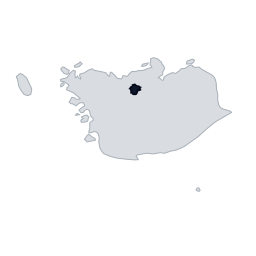 location of Nonsan-si, South Chungcheong, South Korea, rotated 83°
{"feature_id": "91817680B11377751855609", "entity_name": "Nonsan-si", "entity_type": "district", "adm_level": 2, "iso_a3": "KOR", "parent_name": "South Korea", "parent_adm1": "South Chungcheong", "projection": "equal_earth", "projection_center": [127.164, 36.193], "detail": "fine", "context": "in_parent", "style": "filled", "palette": "ink", "viewbox_px": 256, "rotation_deg": 83, "n_neighbors": 0, "source": "geoboundaries", "source_scale": "gbopen_adm2", "svg_char_len": 4027}
<svg xmlns="http://www.w3.org/2000/svg" viewBox="0 0 256 256"><g transform="rotate(83 128 128)"><path d="M75.1,55.3L76.0,54.5L76.1,53.5L76.1,50.1L78.6,47.8L82.2,42.9L84.0,40.3L86.0,37.8L88.3,36.2L90.6,35.4L94.2,35.0L101.1,35.4L102.4,35.1L107.2,34.8L108.3,35.3L111.8,35.5L115.6,35.2L117.6,34.5L119.4,33.3L120.9,31.1L122.5,27.1L124.2,23.9L125.2,23.3L132.4,40.3L139.2,51.2L145.0,59.2L153.3,74.6L155.8,82.9L156.1,88.0L157.5,95.0L156.4,99.1L156.8,105.5L156.3,108.7L155.4,111.2L155.4,115.8L155.7,118.3L155.8,121.6L156.4,122.9L157.4,123.4L158.9,122.2L160.7,121.7L160.4,125.6L158.3,135.7L156.4,143.0L153.8,149.4L150.5,155.3L146.5,157.6L143.7,158.4L138.3,158.7L133.8,157.7L129.9,158.4L128.4,159.7L127.3,161.7L128.1,165.0L128.0,167.4L126.4,167.2L123.1,165.8L119.5,165.6L117.8,164.9L116.0,161.5L114.3,161.6L111.3,163.7L106.6,164.1L105.0,165.2L104.4,166.6L105.1,168.4L107.4,170.8L106.7,173.2L104.2,174.4L102.2,171.5L101.0,168.6L99.6,168.4L97.5,169.2L97.1,172.4L98.1,174.5L99.7,176.9L97.4,179.8L96.8,181.8L95.2,183.3L90.7,180.0L91.4,177.7L93.3,175.5L93.5,173.2L92.9,171.9L86.5,177.7L82.6,184.2L80.5,183.7L79.6,182.1L78.4,181.4L74.2,185.6L73.4,189.0L71.8,189.1L71.2,187.7L71.1,184.6L70.4,182.1L66.0,178.3L64.0,175.1L65.1,173.3L68.8,174.2L71.7,174.1L71.1,172.6L70.2,171.8L72.1,171.0L73.7,169.2L72.4,168.7L70.3,169.7L68.6,169.2L68.0,165.0L65.9,160.6L64.9,156.4L66.9,153.9L68.0,150.1L69.9,144.7L70.8,142.9L73.4,141.6L74.4,140.2L72.9,139.5L70.6,138.8L70.7,137.3L72.3,136.4L74.0,134.7L77.4,132.5L78.5,128.6L77.5,127.6L75.4,126.6L75.9,124.6L76.7,123.1L76.4,122.1L73.9,119.6L72.3,117.2L72.8,114.5L72.4,110.5L72.6,107.0L72.5,105.2L71.3,101.0L70.8,96.9L69.2,97.5L67.9,98.5L63.3,97.1L61.9,97.0L61.3,93.9L63.0,90.1L66.9,86.7L69.1,86.3L70.8,84.9L73.4,84.4L76.6,86.7L79.4,87.1L81.0,91.0L82.0,91.9L82.2,90.4L84.5,88.7L85.0,87.5L84.5,86.8L81.9,86.1L79.5,81.2L79.2,79.1L78.4,77.7L79.6,73.8L76.9,69.4L75.6,68.0L75.8,64.1L74.4,61.5L73.6,60.1L73.1,57.7L73.5,56.7L74.8,56.3L75.1,55.3ZM65.7,231.8L64.3,232.7L63.1,232.2L62.8,231.8L61.3,229.5L60.9,228.4L61.9,226.2L66.0,222.5L76.6,219.0L78.5,218.9L82.7,220.4L83.6,223.2L82.8,225.6L81.8,227.2L77.0,229.9L73.2,231.3L65.7,231.8ZM136.8,170.2L134.0,172.6L130.3,169.4L129.4,167.6L132.2,165.0L134.6,162.0L136.1,161.8L136.8,170.2ZM116.9,169.9L116.6,173.7L114.5,173.9L113.3,171.5L112.0,172.7L111.3,172.7L110.3,169.6L110.1,167.2L112.5,165.4L114.0,166.5L116.1,167.1L116.9,169.9ZM63.1,186.9L61.2,187.5L60.1,186.1L59.4,185.8L59.8,184.0L62.9,180.6L63.5,179.4L66.3,180.1L67.4,181.9L66.1,184.7L63.1,186.9ZM71.9,57.0L71.7,62.0L70.1,61.8L69.0,61.3L68.6,60.3L67.5,55.6L68.7,53.7L71.1,55.2L71.9,57.0ZM61.3,172.8L60.9,173.8L59.6,173.5L58.3,170.8L57.8,168.7L56.5,167.5L58.6,165.7L61.2,169.0L61.3,172.8ZM68.7,104.6L68.3,107.1L66.4,105.5L65.9,100.0L67.8,101.6L68.7,104.6ZM199.0,66.8L197.7,68.0L196.1,66.8L195.9,65.6L196.7,64.6L198.6,64.0L199.5,64.9L199.0,66.8ZM78.4,187.9L78.9,189.8L76.5,189.4L75.2,187.6L75.4,186.1L76.8,185.9L78.4,187.9ZM109.1,177.3L108.8,178.6L107.3,176.7L108.8,174.7L109.1,177.3Z" fill="#d9dde1" stroke="#a8b0b8" stroke-width="1"/><path d="M94.0,114.6L93.2,114.8L92.8,114.6L92.8,114.3L92.6,113.8L92.4,113.8L92.1,113.9L91.9,114.1L91.6,113.9L91.6,113.4L91.7,113.0L91.7,112.6L92.0,112.2L91.9,111.7L91.8,111.4L91.6,111.1L91.5,110.9L91.0,111.1L90.7,111.1L90.4,111.5L89.9,112.0L89.5,111.9L89.2,111.4L89.0,110.8L88.6,111.5L88.1,111.9L87.7,112.4L87.6,113.1L87.7,113.6L87.7,114.0L87.1,114.3L86.8,114.5L86.7,114.8L86.6,115.2L86.5,115.5L86.1,115.6L85.7,115.6L85.5,115.9L85.4,116.4L85.6,116.7L85.9,117.0L85.9,117.4L85.9,117.7L85.7,117.9L85.9,118.2L85.9,118.3L86.4,118.2L86.6,118.5L87.2,118.6L87.6,119.3L87.6,120.0L87.8,120.4L88.2,120.7L88.5,121.0L89.0,121.2L89.2,121.5L89.5,121.0L89.8,120.5L90.3,120.7L90.8,120.7L91.2,120.3L91.5,120.1L92.0,120.1L92.3,120.6L93.2,120.7L92.9,120.1L93.1,119.9L93.5,119.8L93.9,119.7L94.1,119.7L94.6,119.3L94.8,119.2L95.3,118.6L95.3,118.0L95.3,117.7L95.6,116.7L95.5,116.1L95.4,115.7L95.0,115.4L94.6,115.3L94.1,115.0L94.0,114.7L94.0,114.6Z" fill="#0f172a" stroke="#020617" stroke-width="1.5"/></g></svg>